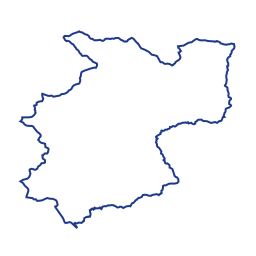 Saraguro, Loja, Ecuador, rotated 88°
{"feature_id": "8360857B4776298104783", "entity_name": "Saraguro", "entity_type": "district", "adm_level": 2, "iso_a3": "ECU", "parent_name": "Ecuador", "parent_adm1": "Loja", "projection": "robinson", "projection_center": [-79.307, -3.527], "detail": "fine", "context": "isolated", "style": "outline", "palette": "blue", "viewbox_px": 256, "rotation_deg": 88, "n_neighbors": 0, "source": "geoboundaries", "source_scale": "gbopen_adm2", "svg_char_len": 5760}
<svg xmlns="http://www.w3.org/2000/svg" viewBox="0 0 256 256"><g transform="rotate(88 128 128)"><path d="M177.6,237.3L179.2,235.0L182.1,233.1L184.3,230.8L185.5,229.9L186.5,229.7L187.9,229.9L192.6,231.8L193.7,231.9L194.8,225.8L196.0,224.7L196.1,222.5L197.7,221.3L197.4,216.8L196.5,214.4L195.8,213.0L195.2,210.9L195.9,208.9L196.1,206.1L196.8,204.2L197.7,202.5L199.0,201.7L202.3,201.0L203.2,201.6L203.9,203.5L204.7,203.3L215.8,196.1L220.2,194.5L220.7,193.7L220.7,192.6L220.1,190.1L220.2,189.0L220.6,188.1L226.3,182.3L224.3,183.2L223.2,184.7L221.4,184.8L221.0,184.2L221.7,182.9L220.8,180.3L221.2,177.8L220.6,176.7L219.8,176.4L219.6,175.4L216.5,174.7L215.5,172.7L215.6,171.2L215.1,170.9L215.3,170.2L214.9,169.4L215.1,169.1L213.4,168.5L211.6,168.5L210.6,168.9L208.8,169.0L208.7,168.1L208.1,167.9L207.7,167.3L208.1,167.1L207.7,166.6L207.8,166.2L207.5,166.0L208.1,165.4L207.4,164.9L207.9,164.8L207.9,164.4L206.7,163.8L207.2,163.0L207.2,159.9L206.4,159.3L206.8,159.4L207.5,158.3L207.0,158.3L207.8,157.4L207.0,157.2L206.9,156.7L206.1,156.6L205.8,156.3L205.3,154.2L205.5,153.3L205.3,152.1L204.6,150.6L204.8,149.5L204.5,147.7L204.7,145.2L205.1,144.7L205.1,144.2L207.1,141.3L206.8,139.5L206.3,138.7L206.7,137.1L207.8,135.5L206.7,133.5L206.2,131.8L206.0,130.0L206.3,128.3L203.5,126.7L202.8,124.9L200.3,122.6L199.7,121.3L199.0,121.0L198.2,119.7L198.2,118.7L197.3,116.6L195.5,115.5L195.3,112.5L196.1,110.4L196.6,107.9L196.5,107.1L195.8,106.2L195.1,101.7L196.1,99.5L195.5,99.3L195.1,97.8L194.1,97.2L194.2,96.7L191.8,96.8L191.0,95.6L189.7,95.4L188.7,95.0L187.4,95.2L187.0,94.9L186.6,93.8L186.6,92.0L185.2,89.3L185.0,86.5L185.2,83.7L184.8,81.0L184.4,80.3L183.3,79.4L180.6,79.6L178.9,81.0L178.6,82.0L177.5,83.1L170.7,85.0L169.9,86.0L169.0,87.8L166.9,87.8L166.1,88.2L164.7,90.0L164.9,91.0L164.6,91.8L164.1,92.2L162.0,92.5L161.6,93.6L161.2,93.6L160.4,92.5L159.6,92.5L157.5,93.8L155.6,94.4L154.7,95.9L152.6,95.5L151.1,96.3L148.9,97.7L148.0,99.0L147.1,99.6L145.0,99.7L143.1,100.6L142.4,100.0L140.6,100.0L139.7,98.8L139.1,99.3L138.8,100.0L137.7,100.3L136.1,97.9L135.1,95.7L134.1,95.8L133.1,94.7L131.9,94.8L131.7,94.6L132.1,92.5L131.8,91.7L131.0,90.9L131.0,89.0L130.4,88.1L130.3,87.2L129.7,86.2L128.5,86.0L128.6,84.7L127.6,83.0L128.2,81.0L127.6,79.8L126.8,79.3L126.5,78.3L125.5,77.5L125.5,75.4L124.6,73.2L124.7,71.5L124.4,70.4L125.0,69.2L124.3,67.9L125.5,67.3L125.0,64.6L125.7,64.0L126.6,62.0L125.9,60.6L124.6,60.6L124.1,60.2L123.6,59.1L122.4,57.9L122.2,57.4L122.2,54.3L123.6,52.7L124.0,48.7L125.6,45.5L125.8,44.6L125.1,40.7L126.0,38.8L124.2,36.4L124.4,35.3L123.7,34.2L120.4,32.8L120.3,31.2L119.2,31.8L118.4,31.8L117.0,31.1L116.3,31.0L116.0,30.5L115.0,30.0L112.5,29.7L111.9,29.1L111.0,26.0L109.3,24.2L108.4,24.6L107.5,26.1L106.8,26.1L104.3,25.7L102.8,24.1L102.1,24.0L101.4,24.4L100.6,26.3L99.1,26.6L97.6,26.2L95.5,26.5L93.4,27.3L91.5,27.1L90.4,27.9L89.5,29.4L88.8,29.7L87.6,28.7L86.5,28.2L82.9,27.6L81.3,28.0L78.6,27.9L76.8,27.2L75.7,27.3L73.5,26.0L72.2,26.6L70.8,26.4L70.1,26.9L69.5,26.5L69.2,25.7L66.8,25.5L65.7,26.1L63.4,26.6L61.3,25.7L59.8,23.3L58.3,23.3L57.5,22.4L55.9,21.8L54.5,21.6L52.2,19.2L50.6,18.7L47.8,19.2L47.9,19.9L47.5,20.5L47.2,22.1L47.9,23.7L47.8,25.1L48.2,26.6L48.0,28.1L47.6,29.9L46.9,31.2L46.7,32.5L45.4,33.3L44.6,35.1L44.7,35.9L44.2,36.2L44.9,38.3L44.5,38.7L43.9,44.8L43.0,48.1L43.0,52.0L42.2,54.6L41.4,55.7L41.5,56.6L42.3,58.3L44.5,61.4L44.7,63.4L45.1,64.9L47.6,69.6L48.1,75.2L49.6,74.9L49.7,74.5L50.8,73.7L52.8,72.5L52.9,72.8L54.0,73.6L54.3,74.8L58.6,73.2L59.7,73.2L61.3,74.2L63.8,78.2L65.1,78.8L65.6,79.8L66.7,80.8L67.1,81.7L66.5,82.2L66.3,82.9L65.5,84.2L65.1,86.1L65.2,89.1L63.4,91.5L63.4,93.2L57.2,96.4L56.2,99.0L55.5,101.8L52.8,104.3L50.4,108.4L48.9,111.9L47.5,113.0L44.1,114.9L44.2,115.1L42.3,116.8L39.1,119.3L38.0,121.1L38.4,122.0L39.1,122.9L39.5,124.3L40.2,125.1L41.3,125.7L41.5,126.3L41.3,127.3L41.6,127.8L41.2,129.5L40.6,129.8L39.5,132.2L38.0,133.9L37.6,135.0L37.7,137.5L38.3,138.7L38.0,140.9L38.5,142.7L38.1,143.9L38.0,147.1L38.4,147.8L39.3,148.5L40.1,150.3L38.9,153.1L39.2,155.3L39.2,158.3L39.1,158.7L37.7,160.4L37.6,161.7L37.2,162.4L36.2,163.4L34.7,163.9L33.3,165.8L32.8,167.7L32.2,168.4L31.6,169.6L31.0,170.1L30.4,172.6L29.7,173.5L30.4,174.8L31.8,179.6L32.9,181.8L33.7,182.7L34.2,184.1L33.8,185.9L34.0,186.6L33.8,187.9L34.1,188.5L35.3,189.2L36.3,188.4L37.6,188.1L39.0,186.5L38.7,185.1L39.6,183.3L41.6,181.5L42.6,179.7L43.4,179.4L43.9,178.8L44.9,178.4L45.8,177.4L46.9,177.1L49.0,174.8L51.0,173.9L51.9,173.2L52.5,172.3L53.7,171.8L54.4,170.8L54.2,168.1L54.4,166.9L54.9,166.0L57.9,163.6L58.8,161.9L60.4,161.0L62.5,156.9L64.4,156.7L66.7,158.0L66.5,160.0L67.4,163.7L69.2,169.6L70.4,172.3L71.6,172.9L74.9,173.5L76.6,174.4L77.9,174.0L79.3,174.1L81.4,174.9L82.0,175.5L82.6,178.4L83.3,180.2L84.4,181.7L87.1,183.3L88.0,184.6L88.5,186.0L89.8,186.8L91.1,188.9L91.7,191.0L91.8,193.2L93.2,195.1L94.1,201.6L93.1,202.8L93.0,204.0L93.2,205.7L93.0,206.9L90.8,212.4L91.8,212.6L94.2,212.3L95.7,211.6L98.2,212.8L98.4,215.5L99.1,217.6L99.9,218.6L100.8,218.4L101.7,218.6L102.3,221.0L103.1,220.9L103.8,220.4L105.8,220.3L106.4,220.6L107.6,220.0L108.8,220.2L109.6,219.8L111.9,221.5L113.3,223.3L113.7,224.6L113.9,226.7L113.7,233.3L114.9,233.2L117.0,234.4L117.6,235.2L119.0,232.5L120.8,231.2L121.9,229.6L122.4,227.5L122.6,224.0L123.4,222.5L124.9,221.7L128.7,218.8L130.2,216.9L132.0,215.5L133.5,215.7L134.5,216.8L136.7,218.1L137.2,217.4L138.6,216.8L139.6,215.5L140.9,211.4L144.2,211.2L145.4,208.6L146.2,208.1L149.4,208.8L150.7,209.7L150.5,211.9L151.8,213.4L152.3,214.6L153.5,214.2L154.3,214.5L156.0,213.8L156.8,212.5L157.3,212.1L159.6,212.2L160.1,213.6L160.2,215.6L160.9,216.3L161.9,216.8L163.5,219.2L165.4,220.0L166.6,222.1L165.4,225.6L166.0,227.6L166.7,227.9L170.3,227.1L173.5,228.4L175.2,230.4L176.0,234.5L177.6,237.3Z" fill="none" stroke="#1e3a8a" stroke-width="2"/></g></svg>